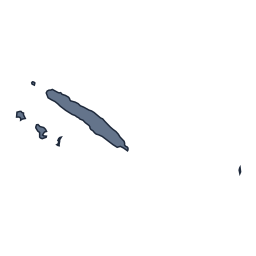 outline of New Caledonia, rotated 178°
{"feature_id": "NCL", "entity_name": "New Caledonia", "entity_type": "country or territory", "adm_level": 0, "iso_a3": "NCL", "parent_name": "Oceania", "parent_adm1": "", "projection": "orthographic", "projection_center": [166.029, -20.888], "detail": "fine", "context": "isolated", "style": "filled", "palette": "slate", "viewbox_px": 256, "rotation_deg": 178, "n_neighbors": 0, "source": "natural_earth", "source_scale": "50m", "svg_char_len": 1688}
<svg xmlns="http://www.w3.org/2000/svg" viewBox="0 0 256 256"><g transform="rotate(178 128 128)"><path d="M133.2,108.2L136.3,109.9L139.5,109.1L143.6,111.9L154.1,120.5L157.8,122.3L160.0,123.0L161.6,124.4L163.1,126.4L165.1,127.8L165.9,129.1L166.2,130.8L166.9,131.9L170.5,134.8L172.7,137.3L175.7,138.6L177.0,140.0L178.6,140.8L180.4,142.3L183.3,143.5L189.8,147.9L194.9,152.1L197.4,154.7L200.1,157.0L203.6,158.9L206.8,161.0L208.5,165.9L207.5,167.7L205.7,168.6L203.9,168.6L202.3,169.2L196.9,166.0L195.6,165.5L194.2,165.7L193.4,165.0L192.8,164.0L189.5,162.8L186.4,160.9L185.5,159.6L185.0,158.0L184.3,157.1L179.9,155.7L177.0,154.1L174.9,151.9L171.6,150.4L166.4,147.3L163.8,146.3L161.4,144.7L155.2,139.1L153.0,138.0L151.0,135.5L145.6,129.5L143.0,127.1L140.2,124.9L138.0,122.3L136.3,119.3L132.4,114.9L131.9,113.0L132.0,111.1L131.1,109.9L129.5,109.1L128.7,107.9L128.8,106.1L129.3,105.2L133.2,108.2ZM219.3,134.4L217.8,134.6L215.9,132.5L212.2,131.4L210.5,129.6L209.5,127.4L211.6,126.9L213.7,124.0L212.3,123.0L209.8,122.7L210.1,121.6L214.1,120.3L215.9,121.1L216.6,122.0L216.5,126.6L218.3,128.1L220.1,131.3L220.1,132.2L219.3,134.4ZM235.6,142.3L236.8,142.8L239.0,142.8L238.4,147.7L235.4,148.4L234.3,148.3L233.6,147.3L231.9,146.6L232.0,144.9L230.3,141.1L233.3,140.6L235.0,139.6L234.9,140.5L235.1,141.6L235.6,142.3ZM196.4,120.9L195.0,121.2L196.7,118.6L196.8,117.0L197.5,113.8L197.4,112.7L198.5,112.9L199.8,113.8L198.4,114.6L197.9,116.0L197.9,117.7L198.5,118.0L197.6,119.9L196.4,120.9ZM222.7,176.5L221.9,177.5L220.8,177.3L220.1,176.9L219.5,176.3L220.1,174.1L222.3,175.2L222.7,176.5ZM17.8,84.1L17.4,84.8L17.0,80.2L17.8,78.5L18.4,82.0L17.8,84.1Z" fill="#64748b" stroke="#1e293b" stroke-width="1.5"/></g></svg>